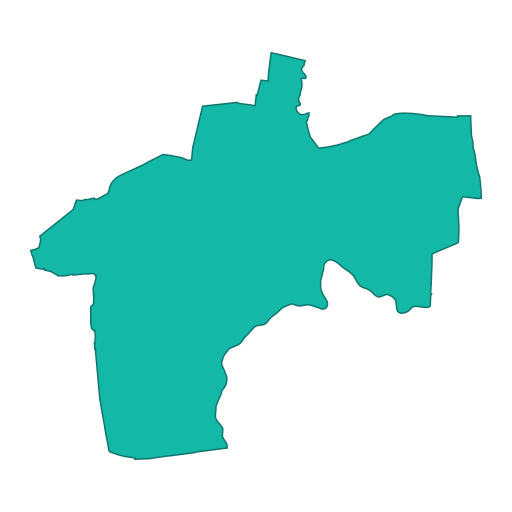 outline of Pueblo Nuevo, Guanajuato, Mexico
{"feature_id": "50627088B8544251683738", "entity_name": "Pueblo Nuevo", "entity_type": "district", "adm_level": 2, "iso_a3": "MEX", "parent_name": "Mexico", "parent_adm1": "Guanajuato", "projection": "robinson", "projection_center": [-101.357, 20.548], "detail": "fine", "context": "isolated", "style": "filled", "palette": "teal", "viewbox_px": 512, "rotation_deg": 0, "n_neighbors": 0, "source": "geoboundaries", "source_scale": "gbopen_adm2", "svg_char_len": 5997}
<svg xmlns="http://www.w3.org/2000/svg" viewBox="0 0 512 512"><path d="M457.4,117.2L428.9,115.8L428.2,115.8L420.7,114.4L412.8,113.5L405.9,113.2L399.9,113.3L395.1,114.0L393.7,114.4L391.8,116.1L385.9,118.5L383.4,119.7L372.2,130.6L368.8,134.2L362.7,136.2L349.5,141.0L347.7,141.9L337.5,145.0L327.8,147.0L318.6,148.2L316.6,145.5L314.7,142.7L310.6,137.5L310.3,136.9L309.4,133.9L307.8,128.4L307.5,127.0L306.3,122.1L307.5,120.2L308.0,117.6L308.9,115.6L309.1,113.0L306.9,113.3L304.2,114.6L300.4,114.5L299.6,114.0L297.2,111.6L296.0,108.3L296.8,106.0L297.5,105.8L298.5,105.8L299.9,105.1L300.4,104.1L299.2,101.9L298.7,99.9L298.6,98.3L300.2,94.6L300.3,93.2L300.7,91.2L302.0,86.2L301.8,81.2L301.1,79.8L301.5,78.1L303.7,78.6L305.3,78.4L305.8,77.8L306.1,76.4L304.6,74.1L302.8,72.5L302.4,71.3L301.3,69.7L302.6,66.8L303.9,65.8L304.3,63.2L305.2,60.7L275.2,53.6L271.2,52.8L270.1,60.7L268.7,71.6L268.0,81.1L261.0,80.2L257.2,95.1L256.3,94.8L255.1,105.6L252.3,105.3L249.4,104.7L245.3,104.3L243.1,104.0L240.1,103.6L238.8,103.4L236.9,102.4L231.6,103.1L214.3,104.9L202.6,106.2L192.7,147.8L191.6,160.0L188.3,160.4L182.7,158.1L180.0,157.3L170.7,155.5L163.2,154.5L151.7,160.2L147.6,162.3L144.2,164.3L122.6,174.3L119.1,176.1L116.0,178.0L112.7,181.5L111.2,183.5L109.7,187.2L108.8,191.2L107.8,193.6L105.3,194.9L101.4,197.0L97.1,199.2L94.6,199.4L94.4,198.2L90.3,198.8L89.0,199.3L85.3,199.7L84.4,199.7L82.4,200.6L77.2,200.2L76.4,200.1L73.2,209.5L71.3,211.1L64.5,216.5L62.8,217.9L62.1,218.4L59.9,220.2L59.5,220.5L58.8,221.1L57.5,222.0L56.0,223.3L48.4,229.3L39.8,236.2L40.6,239.1L40.3,242.1L38.9,247.7L36.8,248.6L36.7,248.9L30.7,250.5L32.2,255.5L32.8,256.1L33.4,258.8L35.5,266.6L35.9,268.0L42.8,269.2L44.4,268.4L44.6,270.1L48.6,270.9L51.6,271.8L58.2,275.9L65.0,275.8L66.7,275.6L72.7,274.2L73.1,275.1L86.0,273.7L86.1,273.9L88.3,274.0L92.2,273.4L94.5,274.2L95.4,275.0L95.7,274.8L95.7,276.4L96.1,277.5L95.5,280.2L94.7,283.5L93.2,287.6L93.4,294.8L93.9,294.8L93.6,302.6L93.3,303.8L92.9,304.6L91.1,306.3L90.7,307.4L90.7,309.0L90.8,311.6L90.8,317.9L90.7,323.3L91.6,328.2L92.4,329.2L93.0,330.0L93.7,330.6L94.7,330.3L95.3,335.4L95.3,336.6L95.5,336.9L95.5,337.0L95.0,339.5L95.1,342.9L94.4,342.9L94.8,349.0L95.3,348.9L99.6,396.6L99.7,398.2L101.6,409.3L102.2,413.2L102.4,413.9L104.7,426.7L104.7,426.9L104.9,428.5L106.2,435.8L107.0,439.3L107.0,440.2L107.6,442.7L108.5,448.0L108.7,450.0L109.5,451.7L116.0,454.1L121.6,455.7L125.9,456.7L127.2,456.8L132.8,457.6L133.5,457.8L135.1,458.2L134.9,459.2L146.0,458.8L149.2,458.7L153.1,458.0L163.9,456.5L166.9,456.1L168.8,455.9L169.5,455.9L194.7,452.6L194.8,452.2L225.5,448.2L226.9,448.2L227.1,447.2L227.1,446.1L226.9,445.0L226.6,443.7L226.0,442.4L225.0,441.1L222.9,437.7L222.6,436.9L222.5,436.0L222.5,434.2L222.6,431.6L222.8,430.5L222.8,429.2L222.7,428.3L222.3,427.6L221.4,426.2L217.9,421.9L216.5,420.0L216.0,419.0L215.5,417.3L215.4,416.5L215.4,415.3L215.5,413.3L215.9,410.3L215.9,407.9L216.0,406.6L216.3,405.3L218.0,401.0L219.2,398.4L220.5,395.5L221.1,393.7L221.6,392.0L222.0,390.7L222.6,389.8L223.6,388.3L224.2,387.7L224.8,386.7L225.4,385.7L226.2,383.6L226.5,382.1L226.7,380.6L226.8,379.5L226.9,378.5L226.6,376.4L226.2,375.4L225.1,372.9L224.9,372.0L224.5,370.8L223.5,368.8L222.9,367.4L221.9,364.9L221.6,363.7L221.8,361.9L222.7,359.0L222.9,357.9L223.6,356.1L224.5,354.8L225.8,353.1L226.5,352.1L227.8,350.4L228.7,349.3L229.5,348.6L230.3,348.1L231.0,347.8L234.0,346.6L237.7,344.9L238.5,344.5L239.5,343.8L240.3,343.2L241.0,342.5L241.7,341.4L245.0,337.2L248.5,333.6L250.0,331.7L251.8,329.9L253.6,327.9L254.6,326.9L255.5,326.3L256.6,325.8L258.0,325.5L261.8,325.0L262.8,324.8L263.8,324.5L264.8,324.0L265.7,323.4L266.8,322.5L267.7,321.5L269.7,318.9L271.2,317.2L272.5,316.1L275.2,314.3L277.4,312.5L279.2,310.8L281.1,308.9L282.0,308.1L283.1,307.4L286.3,305.9L290.0,304.4L291.5,304.0L292.4,304.0L293.2,304.2L294.6,304.7L295.8,305.2L296.9,305.5L298.1,305.8L299.2,305.9L303.1,305.5L305.7,305.0L307.3,304.7L308.2,304.7L311.5,305.4L316.2,307.0L319.1,307.9L320.7,308.7L321.9,309.0L323.1,309.0L324.0,308.9L324.9,308.6L325.5,308.2L326.1,307.8L326.4,307.4L327.0,306.4L327.3,305.6L327.5,304.8L327.5,304.0L327.4,302.5L327.2,301.6L326.6,300.5L325.5,298.5L324.1,296.4L322.7,294.0L321.6,291.4L321.2,290.2L321.0,289.4L320.7,287.7L320.6,283.1L320.6,281.3L320.9,279.4L321.9,276.2L322.7,272.3L323.5,269.4L323.7,268.5L323.7,266.0L323.9,265.1L324.4,264.1L324.8,263.3L325.6,262.3L326.4,261.5L327.2,260.9L328.2,260.4L329.2,260.0L329.9,259.9L331.1,259.9L332.1,260.1L334.6,261.1L336.3,262.1L338.4,263.5L341.8,266.5L343.9,268.2L345.5,269.4L346.7,270.1L349.5,272.0L351.4,273.6L352.9,275.1L353.8,276.2L354.9,278.0L356.4,280.9L357.6,282.8L358.9,284.5L360.0,285.8L361.1,286.6L361.6,286.9L363.0,287.5L367.8,289.2L368.7,289.7L369.9,290.4L371.0,291.2L372.1,292.3L375.0,295.2L376.1,295.9L377.6,296.7L378.3,296.9L379.6,296.9L380.5,296.7L385.0,294.9L386.0,294.6L386.8,294.5L387.7,294.5L388.6,294.8L390.4,295.7L391.6,296.3L392.5,296.9L393.6,297.9L394.5,298.8L395.0,299.5L395.4,300.3L396.1,303.1L396.4,305.9L396.8,309.0L397.1,310.0L397.4,310.7L398.0,311.6L398.2,311.9L399.0,312.4L400.1,313.0L400.7,313.1L401.3,313.1L402.7,313.1L404.1,312.9L404.6,312.8L406.7,311.9L407.5,311.5L408.3,311.0L409.1,310.3L411.4,308.0L412.2,307.4L412.8,307.0L413.5,306.6L414.2,306.4L415.1,306.3L416.0,306.3L418.3,306.5L421.6,307.0L424.1,307.3L425.4,307.4L427.1,307.3L428.3,307.2L429.2,306.9L429.7,306.6L430.0,306.3L430.2,305.7L430.3,305.0L430.5,299.5L430.6,297.8L430.6,296.4L430.9,295.3L431.2,294.5L431.5,294.0L430.9,294.0L430.7,293.4L430.8,290.6L431.2,283.8L432.0,262.7L432.1,253.8L457.7,242.9L458.2,242.4L458.4,241.9L458.8,234.5L459.0,227.7L458.0,209.2L462.3,197.3L462.7,197.0L463.3,196.8L477.7,198.5L481.3,198.3L481.1,192.6L480.4,183.0L480.1,180.6L479.9,179.9L479.9,179.3L479.9,177.9L478.6,173.5L477.8,170.6L476.7,165.9L476.4,164.2L475.2,156.2L474.9,154.3L474.0,150.0L473.6,149.5L473.3,148.7L473.0,146.4L473.0,144.1L472.7,140.5L472.4,139.9L472.1,138.3L471.5,136.1L470.8,120.7L470.7,115.9L457.4,115.9L457.4,117.2Z" fill="#14b8a6" stroke="#0f766e" stroke-width="1.5"/></svg>